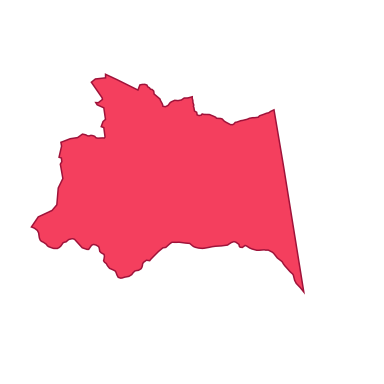 the district of Morro Cabeça no Tempo, Piauí, Brazil, rotated 111°
{"feature_id": "56859067B6613236641364", "entity_name": "Morro Cabeça no Tempo", "entity_type": "district", "adm_level": 2, "iso_a3": "BRA", "parent_name": "Brazil", "parent_adm1": "Piauí", "projection": "natural_earth1", "projection_center": [-43.896, -9.762], "detail": "fine", "context": "isolated", "style": "filled", "palette": "rose", "viewbox_px": 384, "rotation_deg": 111, "n_neighbors": 0, "source": "geoboundaries", "source_scale": "gbopen_adm2", "svg_char_len": 2991}
<svg xmlns="http://www.w3.org/2000/svg" viewBox="0 0 384 384"><g transform="rotate(111 192 192)"><path d="M282.2,329.4L282.2,327.3L282.3,325.9L283.3,322.6L285.2,320.5L288.8,318.5L290.0,317.7L291.5,316.2L292.0,314.8L292.2,312.5L293.0,309.3L294.0,307.8L294.4,306.4L294.4,303.9L294.3,301.1L293.0,297.5L291.4,296.1L289.5,295.1L285.5,294.1L284.5,293.0L283.7,291.7L280.6,290.1L278.9,287.7L278.3,286.4L278.3,284.6L283.4,274.5L283.2,269.5L282.6,267.9L278.2,266.8L277.0,266.1L276.2,265.0L275.9,262.6L276.4,259.8L277.2,258.8L280.5,256.8L281.3,255.0L281.8,251.7L283.5,250.7L286.2,250.1L287.9,249.9L288.9,248.5L289.6,246.2L290.5,245.3L291.5,243.9L292.8,241.6L293.0,237.6L293.2,235.6L294.1,234.3L296.4,232.3L298.1,230.3L298.0,227.8L297.3,226.4L295.6,224.3L293.4,220.7L290.8,218.7L288.3,218.0L286.2,217.0L285.4,215.9L284.3,213.9L282.0,212.1L280.5,211.8L278.7,211.9L276.5,212.4L274.8,211.9L273.6,211.1L272.0,210.1L271.3,206.9L269.4,206.3L265.9,204.8L259.6,202.0L254.6,199.2L253.1,196.6L248.5,194.3L246.1,192.7L244.6,188.6L243.5,186.1L242.0,179.8L240.8,175.7L242.1,172.0L242.4,170.6L242.4,169.1L242.0,165.9L240.9,162.0L239.9,160.1L237.8,156.6L235.8,153.5L234.2,150.6L231.8,145.3L228.8,139.8L227.0,138.6L225.0,137.1L223.3,135.1L223.1,133.2L224.1,129.3L225.5,128.6L226.3,127.3L225.7,125.1L222.9,123.3L222.8,121.9L223.6,118.1L223.7,115.6L223.2,110.7L222.4,108.6L220.1,103.9L219.9,102.6L218.9,99.9L219.4,95.4L219.9,93.9L223.0,88.7L224.7,83.0L226.5,80.7L227.7,78.8L228.9,76.4L230.9,72.6L231.5,71.3L232.5,68.6L233.3,67.6L237.7,64.5L240.0,61.9L242.4,56.8L245.3,51.8L190.2,83.8L143.2,111.1L133.4,116.8L85.9,144.9L88.7,147.6L90.5,148.7L91.8,150.7L93.8,152.9L96.6,156.2L98.5,157.0L100.2,160.2L100.9,162.0L102.6,164.8L104.3,166.5L106.9,170.2L108.0,172.1L110.7,175.2L111.5,176.6L113.5,177.3L114.5,178.1L115.3,180.1L114.7,185.2L114.3,187.3L113.0,190.0L113.1,191.6L114.4,195.6L113.7,196.7L113.5,199.6L113.5,201.3L113.4,203.4L115.3,208.7L115.5,210.5L117.0,211.0L118.1,212.8L118.2,214.8L115.9,216.2L115.5,218.7L112.5,220.5L111.5,221.4L110.2,221.5L108.1,223.2L106.1,224.1L104.4,225.4L103.0,225.9L105.7,229.6L107.1,233.0L109.9,234.9L111.7,237.8L112.6,241.0L115.2,243.6L116.3,244.4L119.8,245.4L121.9,247.4L122.4,249.9L121.2,250.6L120.1,251.6L117.9,254.2L116.6,255.3L114.1,262.5L111.5,263.9L110.6,266.0L110.9,267.6L110.0,269.0L109.6,271.1L108.3,272.4L108.4,274.6L109.4,277.0L110.7,279.0L116.2,279.0L114.0,302.1L113.1,314.9L114.4,314.4L116.4,313.6L121.1,322.7L125.6,325.3L134.8,311.8L136.3,309.6L137.7,308.8L142.2,311.5L143.0,313.9L144.6,311.8L145.0,304.5L155.2,298.8L158.1,300.3L163.5,300.2L163.5,297.4L171.8,292.9L173.0,293.1L173.5,294.7L174.5,297.0L175.5,299.2L175.8,301.1L174.9,302.8L174.9,304.3L175.1,305.9L175.6,307.1L176.5,308.0L177.0,309.8L176.7,311.5L176.9,313.2L177.2,315.0L182.2,318.3L185.9,324.8L192.6,332.2L195.9,330.2L207.2,328.6L207.1,326.1L210.4,324.4L213.2,324.9L218.0,322.0L225.7,317.4L236.2,318.3L252.4,313.6L259.3,316.0L270.3,326.6L282.2,329.4Z" fill="#f43f5e" stroke="#9f1239" stroke-width="1.5"/></g></svg>